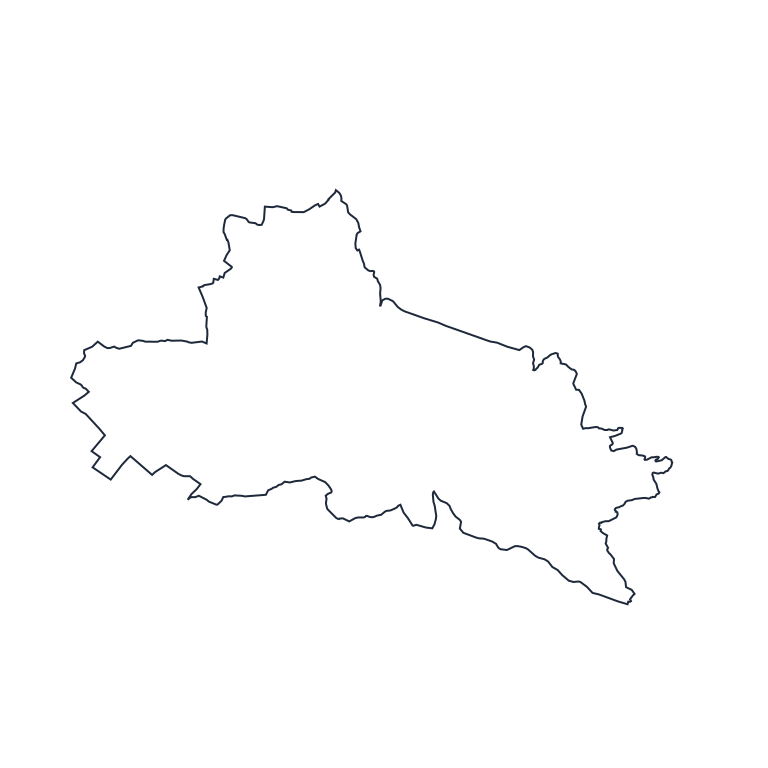 Bordesti, Vrancea, Romania (Natural Earth projection), rotated 197°
{"feature_id": "2599482B83174607484182", "entity_name": "Bordesti", "entity_type": "district", "adm_level": 2, "iso_a3": "ROU", "parent_name": "Romania", "parent_adm1": "Vrancea", "projection": "natural_earth1", "projection_center": [27.017, 45.546], "detail": "fine", "context": "isolated", "style": "outline", "palette": "slate", "viewbox_px": 768, "rotation_deg": 197, "n_neighbors": 0, "source": "geoboundaries", "source_scale": "gbopen_adm2", "svg_char_len": 6123}
<svg xmlns="http://www.w3.org/2000/svg" viewBox="0 0 768 768"><g transform="rotate(197 384 384)"><path d="M643.3,258.1L635.9,253.3L644.0,234.3L634.1,231.0L638.3,219.1L617.4,212.7L610.9,230.2L607.3,237.7L605.4,240.9L579.2,229.3L577.2,232.8L568.8,242.7L554.5,238.0L551.5,237.4L548.6,237.3L542.5,239.1L538.6,237.3L530.2,234.6L532.3,228.9L535.9,222.5L537.9,215.9L536.2,218.6L535.0,219.5L531.4,220.6L528.4,223.0L520.0,221.5L516.9,220.3L509.1,219.6L508.0,220.0L505.3,224.7L504.6,229.0L503.0,229.5L499.8,231.2L496.7,232.0L494.5,233.7L487.4,235.5L484.2,235.8L464.6,243.5L463.7,248.4L460.7,251.0L459.9,252.2L456.9,254.2L455.2,256.7L452.7,258.1L450.5,261.5L445.3,262.3L440.0,265.4L434.6,267.5L430.4,270.3L427.6,271.5L426.4,273.2L423.0,275.2L419.1,273.9L411.6,273.0L407.5,270.7L404.3,268.2L402.9,266.6L402.6,265.6L403.0,264.5L405.3,262.8L407.1,260.2L405.4,257.5L404.7,253.1L403.6,250.9L401.5,247.8L390.5,241.9L388.6,241.6L387.4,241.7L387.0,242.4L383.9,243.5L377.1,242.4L372.1,247.5L369.5,248.9L364.7,250.3L363.4,251.1L362.6,252.6L361.1,252.9L358.9,252.7L356.4,253.1L354.8,253.9L352.2,256.1L348.5,258.1L345.7,262.3L344.7,263.3L340.8,265.0L337.1,268.2L335.5,269.9L334.8,271.7L333.0,273.3L327.7,266.8L321.9,262.7L315.3,257.0L314.6,256.9L312.0,258.8L301.8,259.0L295.6,260.1L294.7,264.7L294.9,270.1L295.5,273.2L299.9,282.3L302.3,285.9L305.0,292.6L305.3,294.7L304.8,295.8L298.4,290.3L295.6,289.0L289.2,288.4L285.7,286.6L283.6,283.9L280.0,280.5L276.7,278.1L271.9,276.3L270.0,274.8L269.2,267.9L264.6,264.9L251.6,264.1L248.3,264.1L243.3,265.3L234.6,265.0L230.1,263.9L227.1,261.1L225.8,260.4L224.0,260.1L217.9,261.2L211.5,267.1L209.1,268.0L204.9,268.5L200.2,268.5L197.9,267.9L189.2,263.9L185.7,263.1L179.1,263.3L175.1,262.2L169.5,258.2L163.6,256.9L157.6,253.3L149.7,249.9L144.8,250.1L140.3,252.0L138.3,252.1L130.5,249.3L123.5,245.2L117.1,245.6L96.8,244.5L86.7,244.6L86.8,247.3L85.1,247.6L84.3,248.6L85.8,250.1L84.0,254.9L83.0,256.5L86.8,259.5L93.1,260.5L95.3,265.5L97.2,267.4L106.2,273.5L111.9,279.7L112.9,283.9L117.5,287.2L119.6,288.2L121.7,290.0L122.2,291.0L121.8,292.8L125.4,296.3L125.3,298.0L126.1,301.1L126.3,304.4L130.9,305.4L133.9,306.7L133.9,308.0L134.3,308.5L136.2,308.3L136.6,309.9L136.6,312.1L137.6,313.3L136.7,314.7L135.6,314.7L135.2,315.6L132.0,317.6L129.0,318.5L122.8,324.4L122.4,327.1L122.7,328.4L123.5,329.6L125.1,329.6L125.2,330.4L126.5,331.1L126.6,331.9L125.9,333.3L123.2,334.9L120.9,337.1L120.1,337.4L118.8,340.0L118.6,341.8L117.1,343.5L113.0,345.4L110.6,347.4L102.9,350.7L100.6,351.5L97.1,351.8L95.6,353.6L94.3,354.1L94.1,354.6L91.8,355.1L91.0,358.1L89.2,359.7L89.0,360.9L90.3,361.9L92.1,364.3L94.4,368.2L98.2,371.4L99.1,373.4L100.9,375.7L101.0,377.5L100.1,378.2L95.7,378.4L93.0,380.2L90.7,380.4L89.0,383.0L87.7,383.5L87.2,384.1L86.5,386.8L85.9,387.4L85.3,389.2L85.4,393.2L85.9,393.3L86.6,394.8L87.4,395.5L90.4,395.6L92.9,396.7L93.5,396.4L96.2,392.2L100.8,389.6L101.6,389.5L102.1,390.3L101.9,391.1L100.2,392.6L99.8,394.3L100.4,394.5L102.3,394.0L105.0,392.6L106.6,392.2L110.4,388.5L112.4,387.7L112.8,388.0L112.9,390.6L113.3,391.1L115.8,391.2L119.7,390.4L121.9,391.1L122.2,392.8L123.8,395.9L125.3,397.2L127.5,397.7L128.4,397.5L133.0,394.2L142.6,389.2L144.6,387.0L147.3,386.9L149.1,389.0L149.8,390.5L149.7,391.2L148.0,393.0L147.9,394.4L152.3,399.2L148.0,401.8L142.8,406.0L142.4,406.8L142.5,409.2L142.9,409.8L142.6,411.2L143.2,411.7L146.6,410.7L147.1,410.3L147.5,408.2L150.9,406.6L155.6,406.4L156.3,406.1L156.7,405.4L159.6,404.5L162.9,405.0L165.4,404.4L166.4,405.1L168.5,405.0L176.1,401.3L178.4,400.7L180.5,399.4L183.5,402.8L184.6,411.0L184.1,421.4L185.8,423.6L187.5,426.7L192.1,432.5L195.8,435.4L198.6,434.7L202.8,439.3L203.2,440.1L202.5,449.9L203.7,451.5L205.7,452.9L206.8,453.1L208.9,452.8L212.6,454.2L215.7,455.9L221.1,455.4L221.5,457.1L222.8,458.8L225.8,461.1L226.7,463.8L229.0,463.8L232.2,461.6L233.6,460.2L235.6,457.0L238.1,454.8L238.7,453.2L238.8,452.0L238.3,450.4L238.8,449.5L241.2,447.7L241.8,444.9L243.5,441.6L244.4,441.0L245.4,441.0L245.3,442.6L245.9,444.9L247.5,447.3L247.6,451.3L249.6,454.0L250.7,458.0L252.2,460.1L255.3,461.5L259.2,461.7L261.1,460.3L264.5,456.0L277.2,455.7L288.0,456.6L294.8,455.7L298.2,455.8L342.1,457.7L350.2,458.6L364.7,458.6L385.7,459.5L389.6,460.3L393.4,461.7L399.6,465.8L405.1,466.7L407.7,465.9L410.1,463.4L410.2,458.0L410.7,457.9L411.2,461.9L414.1,469.2L415.3,474.5L416.6,477.5L419.9,480.5L421.3,482.7L424.8,483.6L425.9,485.4L426.1,488.2L426.4,488.7L427.8,488.9L429.8,488.0L432.1,488.0L436.6,489.9L438.4,493.3L440.5,495.8L446.1,504.0L447.2,505.2L448.5,503.9L450.8,505.7L452.5,510.1L453.8,518.9L453.4,520.6L451.1,523.1L453.7,526.7L455.6,530.4L458.7,533.5L466.2,536.3L468.5,537.7L471.3,543.5L472.5,544.8L478.4,546.6L478.9,548.9L479.8,550.8L481.2,552.5L482.9,553.8L486.7,555.3L486.7,552.8L491.2,544.4L490.8,544.1L493.1,539.2L497.5,534.8L499.7,536.9L502.2,534.7L506.7,529.1L511.0,524.9L521.5,521.8L522.7,521.7L522.8,522.2L523.6,522.8L526.9,522.6L528.5,523.6L538.2,522.8L542.2,520.5L549.8,518.8L547.0,506.9L546.9,505.2L547.5,500.5L550.3,499.4L552.0,499.4L553.9,500.2L559.9,499.2L560.8,499.4L563.7,501.6L565.3,502.0L578.1,501.2L580.5,500.4L583.5,496.1L583.9,494.7L583.4,489.4L582.8,485.5L581.8,482.2L580.4,481.1L576.4,475.8L575.9,476.1L574.1,473.8L570.6,466.8L572.2,461.3L573.0,455.0L563.8,451.5L563.6,451.1L564.1,449.6L568.8,443.6L568.8,438.8L572.6,438.9L572.4,437.0L573.2,435.0L577.5,434.8L576.9,430.8L577.3,430.1L579.5,428.6L584.6,426.1L585.8,424.9L585.6,424.5L589.5,422.1L582.9,414.3L575.8,404.9L575.4,400.4L574.4,397.1L573.0,396.5L570.9,387.6L570.3,386.1L568.9,384.2L567.3,379.5L565.5,370.9L570.5,371.4L580.1,367.1L583.0,366.8L584.9,367.0L590.6,366.3L599.7,363.3L604.0,362.9L605.9,361.0L609.1,360.5L610.6,359.9L612.9,358.2L624.7,354.7L627.2,354.8L631.9,353.9L636.2,350.0L637.1,346.5L647.5,340.3L650.4,340.3L653.0,340.9L656.8,338.2L659.1,337.5L662.4,338.0L670.1,340.8L674.0,334.3L680.6,328.7L679.8,325.6L678.0,323.5L678.0,322.3L678.9,318.7L681.0,315.9L684.3,313.7L684.0,308.4L685.0,298.5L678.7,295.5L674.2,294.9L672.8,294.3L671.2,292.9L669.9,292.4L668.0,292.4L664.0,290.2L667.1,285.4L676.0,274.9L665.7,269.1L660.6,268.2L643.3,258.1Z" fill="none" stroke="#1e293b" stroke-width="2"/></g></svg>